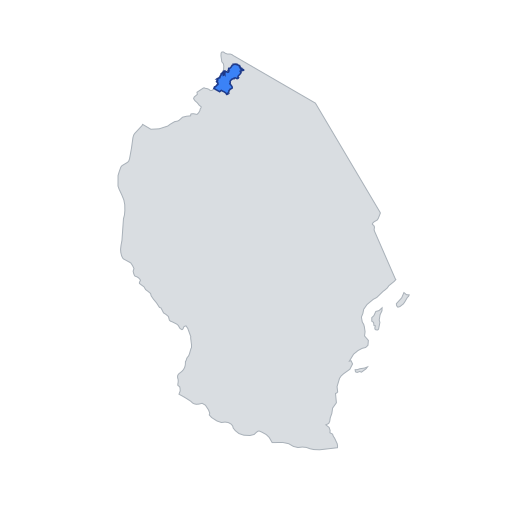 Karagwe, Kagera, United Republic of Tanzania (highlighted), rotated 30°
{"feature_id": "72390352B65686612592635", "entity_name": "Karagwe", "entity_type": "district", "adm_level": 2, "iso_a3": "TZA", "parent_name": "United Republic of Tanzania", "parent_adm1": "Kagera", "projection": "orthographic", "projection_center": [31.075, -1.721], "detail": "fine", "context": "in_parent", "style": "filled", "palette": "blue", "viewbox_px": 512, "rotation_deg": 30, "n_neighbors": 0, "source": "geoboundaries", "source_scale": "gbopen_adm2", "svg_char_len": 8322}
<svg xmlns="http://www.w3.org/2000/svg" viewBox="0 0 512 512"><g transform="rotate(30 256 256)"><path d="M198.1,348.8L193.2,346.3L188.8,344.7L185.1,342.9L183.5,341.2L180.1,340.6L177.2,340.3L174.4,338.7L168.8,338.1L168.2,337.1L168.1,334.8L167.1,334.2L165.1,333.6L162.9,333.6L161.5,333.9L160.7,333.8L158.9,332.4L157.2,330.6L156.6,327.9L154.0,326.1L151.0,324.6L142.8,324.8L141.5,324.4L139.5,323.0L137.2,320.6L135.4,318.0L133.8,314.3L132.1,309.5L122.6,290.0L121.6,286.3L119.7,282.2L116.7,277.2L113.5,273.5L109.1,270.1L104.2,266.7L101.5,264.4L96.3,255.3L95.3,251.0L94.5,246.5L94.8,244.7L98.0,238.9L98.3,237.3L97.9,235.1L96.3,230.6L94.3,225.0L90.2,214.9L89.6,212.3L89.7,210.4L92.1,200.1L92.0,198.7L101.6,198.8L108.5,194.3L114.6,187.6L115.8,184.8L118.3,180.4L120.7,178.3L121.6,176.8L123.0,172.5L126.2,169.5L129.3,167.3L128.6,165.7L129.1,165.1L130.8,164.0L134.1,162.9L134.7,160.7L134.7,158.1L134.2,156.7L134.3,155.0L133.8,154.1L131.6,153.9L128.4,152.6L125.7,152.1L123.9,151.3L123.2,150.8L123.0,149.2L124.4,145.3L123.0,143.7L126.3,137.1L126.9,136.3L128.1,136.2L130.0,135.5L131.8,135.2L133.2,135.5L134.3,135.2L135.2,134.4L136.0,132.2L136.7,128.5L136.3,125.5L135.0,123.2L134.6,119.6L135.2,114.8L134.8,110.9L133.2,107.7L131.7,105.8L129.3,104.9L125.5,100.1L124.3,97.7L124.5,96.3L125.8,95.6L128.2,95.8L130.5,95.3L132.6,94.0L134.6,93.6L135.7,93.8L231.0,93.9L341.9,156.3L342.3,157.0L343.1,162.4L343.0,164.2L341.2,167.3L340.7,168.9L340.7,170.0L341.1,170.5L342.6,170.6L343.8,171.4L344.2,171.9L345.2,174.3L346.4,175.4L388.0,206.1L388.9,206.5L388.3,209.1L385.9,215.3L385.7,217.9L384.7,220.9L383.8,222.9L381.3,231.6L379.2,234.9L376.4,242.5L375.9,248.3L377.3,252.4L377.8,256.2L381.0,260.0L383.5,261.4L385.2,263.1L388.3,267.0L390.0,271.0L395.5,272.9L397.6,277.3L396.7,280.4L394.1,282.9L391.6,286.9L389.6,292.2L389.4,300.4L390.7,299.2L393.6,301.2L393.9,307.2L390.7,314.2L389.7,317.4L389.5,320.2L391.5,328.6L394.7,332.9L394.4,334.2L393.6,335.3L399.0,342.9L398.4,349.4L400.4,354.5L401.2,359.0L402.5,362.3L402.7,364.7L400.9,367.3L405.0,367.9L407.4,370.0L408.4,372.1L411.4,372.0L413.0,373.4L415.2,374.5L420.2,378.0L421.6,379.7L422.4,381.3L408.0,392.0L402.9,394.7L399.2,395.9L395.3,396.6L391.6,398.3L388.1,400.9L383.6,402.2L378.1,402.2L372.4,404.1L363.3,409.5L358.1,406.5L354.1,405.5L349.3,405.6L346.5,405.9L345.4,406.6L344.5,408.5L343.6,411.5L340.5,414.5L335.0,417.3L330.0,418.3L325.4,417.6L322.3,416.4L320.7,414.8L318.4,414.0L315.2,414.1L312.2,415.3L309.3,417.5L304.6,418.4L298.3,418.1L295.0,417.0L294.5,415.2L291.8,413.0L286.8,410.5L283.0,410.5L280.6,412.8L278.4,414.3L276.4,414.9L274.6,415.0L272.1,414.4L265.1,414.1L258.4,414.2L257.8,410.7L256.4,408.6L255.3,407.4L253.0,407.1L252.4,406.1L251.6,404.0L250.5,402.1L249.0,400.6L248.1,399.2L247.9,397.9L248.1,396.5L249.5,393.0L250.0,390.6L249.9,388.1L249.2,385.6L247.6,382.5L247.8,381.7L247.3,379.6L247.2,378.2L247.6,376.4L247.3,374.0L246.0,368.9L246.0,367.7L244.6,365.2L240.2,359.4L240.0,358.6L233.1,352.8L230.3,351.5L229.3,352.6L228.9,353.6L229.2,355.5L229.0,356.4L228.7,356.8L227.1,356.8L226.1,356.6L223.4,355.0L221.4,354.6L216.3,354.9L214.5,355.2L213.1,354.9L210.4,352.2L207.2,351.6L204.4,351.5L199.7,348.5L198.1,348.8ZM396.5,251.6L398.7,258.0L398.4,259.2L396.8,260.0L395.9,260.0L394.9,259.0L394.3,256.8L393.0,257.3L391.0,254.7L388.9,254.6L387.1,251.5L387.9,248.8L387.5,244.1L389.8,241.8L391.1,237.8L392.5,240.5L392.8,244.8L394.7,249.8L396.5,251.6ZM408.1,213.1L408.3,214.7L407.8,216.1L407.8,220.7L407.6,223.7L405.9,227.9L404.4,229.4L403.2,229.0L402.2,228.3L401.4,227.1L403.1,219.4L402.4,213.7L405.6,214.3L408.1,213.1ZM401.9,306.2L400.3,306.6L399.7,306.2L398.7,304.9L400.5,303.9L402.2,301.8L406.1,298.7L408.0,296.3L407.7,298.7L405.4,303.9L403.5,304.2L401.9,306.2Z" fill="#d9dde1" stroke="#a8b0b8" stroke-width="1"/><path d="M149.7,130.7L149.8,130.4L149.8,130.0L149.8,129.8L150.0,129.5L150.4,129.7L150.6,129.9L150.7,129.7L150.4,129.5L150.4,129.2L150.3,128.9L150.5,128.8L150.6,128.5L150.6,128.4L150.4,128.3L150.4,128.2L150.6,128.2L150.3,127.9L150.3,127.7L150.3,127.0L150.2,126.9L150.0,126.6L149.9,126.5L149.9,126.3L150.1,125.5L150.3,124.7L150.2,124.3L150.5,124.1L150.9,123.5L151.0,123.3L151.3,122.8L151.4,122.6L151.4,122.3L151.1,121.9L150.7,121.4L150.2,121.1L148.0,120.1L147.8,120.2L147.5,120.1L147.2,119.9L147.0,119.7L147.2,119.1L147.0,118.7L146.3,117.9L146.3,117.1L146.2,116.8L146.4,116.4L146.5,115.7L146.9,115.0L147.1,114.5L147.0,114.4L147.3,114.2L147.6,113.8L147.8,113.7L148.0,113.5L148.3,113.5L148.3,113.3L148.1,113.0L148.1,112.8L148.4,112.8L148.6,112.7L148.8,112.3L148.9,112.1L149.0,112.1L149.3,112.0L149.9,111.9L150.4,112.0L150.6,112.0L151.2,111.7L151.4,111.5L151.7,111.0L151.7,110.9L151.6,110.5L151.7,110.3L151.1,110.2L150.8,110.2L150.6,108.7L151.1,107.1L151.2,106.9L151.2,106.5L151.3,105.2L151.2,104.9L151.1,104.7L151.3,104.6L151.2,104.4L150.7,104.4L150.3,104.1L150.1,104.1L149.9,104.0L149.9,103.7L150.0,103.7L150.4,103.4L150.7,103.0L150.9,102.9L151.0,102.8L151.6,102.1L151.8,102.0L152.0,101.7L152.4,101.4L152.4,101.1L152.2,101.0L152.0,100.9L151.9,101.1L151.5,101.4L151.4,101.5L151.5,101.7L151.5,101.8L151.4,101.9L151.2,101.4L151.0,101.1L150.9,101.1L150.4,101.1L150.2,101.3L149.7,101.2L149.7,101.3L149.9,101.7L149.9,101.8L149.7,101.8L149.5,101.7L149.3,101.6L149.4,101.3L149.1,101.5L148.9,101.2L148.6,100.8L148.4,101.0L148.3,100.8L148.4,100.7L148.1,100.7L147.9,100.7L147.6,100.4L147.5,100.1L147.4,100.2L147.2,100.3L147.1,100.0L146.9,100.1L146.6,99.8L146.2,99.6L146.2,99.4L145.9,99.5L145.6,99.7L145.4,99.7L145.1,99.6L144.5,99.6L144.4,99.4L143.9,99.4L143.7,99.4L143.3,99.5L143.0,99.8L142.7,99.9L143.0,100.1L142.6,100.2L142.4,100.2L142.0,100.5L141.5,100.7L141.4,100.7L141.3,100.8L141.3,101.0L141.2,101.1L140.9,101.3L140.4,101.3L140.6,101.9L140.5,102.1L140.3,102.5L140.0,102.8L140.0,103.3L140.1,103.6L139.9,104.0L140.0,104.4L140.0,104.7L139.8,105.9L139.7,106.1L139.2,106.7L138.9,106.9L138.7,106.9L138.7,107.1L138.6,107.4L139.0,108.3L139.3,108.2L139.7,108.4L139.5,108.6L139.3,108.8L139.3,109.0L139.1,109.4L139.3,109.5L139.5,109.7L139.9,109.7L140.1,109.9L140.3,110.0L140.1,110.7L140.0,110.8L139.9,110.9L139.5,111.2L139.0,111.2L138.5,111.1L138.3,111.2L137.8,111.3L137.5,111.5L137.1,111.3L136.5,111.4L136.2,111.5L135.9,111.6L135.5,112.3L135.6,112.5L135.7,112.8L135.9,113.0L136.0,113.2L136.3,113.0L136.5,113.0L136.7,112.7L136.5,112.2L136.8,112.2L137.0,112.1L137.0,111.9L137.1,112.0L137.1,111.9L137.2,112.2L137.1,112.6L137.3,112.7L137.4,112.8L137.4,113.0L137.3,113.3L137.2,113.3L137.4,113.6L137.6,113.5L137.6,113.9L137.8,114.0L138.0,114.0L138.2,114.3L138.0,114.2L137.8,114.1L137.5,114.2L137.4,114.1L137.2,114.2L137.2,114.3L137.3,114.6L137.5,114.4L137.7,114.5L137.5,115.0L137.4,115.1L137.4,115.4L137.3,115.5L137.5,115.8L137.4,115.9L137.3,115.6L137.2,115.5L137.3,115.4L137.2,115.4L137.2,115.1L137.0,114.7L136.7,114.5L136.9,114.4L136.9,114.1L136.7,113.6L136.6,113.3L136.5,113.2L136.4,113.2L136.4,113.3L136.3,113.5L136.2,113.5L136.1,113.4L135.9,113.5L135.7,113.4L135.7,113.1L135.6,113.3L135.5,113.5L135.5,113.9L135.4,113.8L135.3,114.0L135.2,114.1L135.2,114.3L135.1,114.8L135.1,115.2L135.0,115.4L135.1,115.5L134.9,115.7L134.7,115.9L135.0,116.2L135.2,116.6L135.3,116.8L135.2,117.1L135.1,117.3L135.1,117.5L135.1,117.9L135.2,118.0L135.3,118.4L135.2,118.6L135.3,118.8L135.2,119.0L135.2,119.3L135.4,119.3L135.4,119.5L135.5,119.7L135.3,119.8L135.2,120.0L134.9,120.2L134.9,120.4L134.8,120.5L134.8,120.8L134.6,120.9L134.7,121.0L134.4,121.4L134.2,121.4L134.1,121.7L133.7,121.9L133.7,122.1L133.6,122.3L133.8,122.2L133.9,122.3L133.9,122.2L134.3,121.9L134.5,122.1L134.7,122.5L134.8,122.6L134.8,122.8L134.9,123.0L135.0,123.1L134.8,123.4L134.5,123.6L134.5,123.9L134.6,124.0L134.6,124.3L134.6,124.5L134.6,124.8L134.8,124.9L135.0,124.6L135.3,124.4L135.6,124.4L135.8,124.7L135.9,124.8L136.0,125.0L136.3,125.2L136.5,125.2L136.6,125.4L136.6,125.6L136.8,125.7L136.8,125.8L137.1,126.2L137.2,126.3L137.3,126.5L137.1,127.0L136.9,127.0L136.9,127.3L136.5,127.8L136.6,128.3L136.4,128.5L136.4,129.0L136.3,129.5L136.1,129.7L135.9,130.0L135.8,130.5L135.7,130.5L135.8,130.7L135.7,130.9L135.6,131.3L135.8,131.7L135.8,132.0L136.5,132.0L136.9,131.9L137.5,131.9L138.0,132.0L139.3,131.9L139.7,132.0L140.7,131.9L142.4,131.9L142.7,131.1L142.7,130.6L142.8,130.4L143.2,130.2L143.2,129.9L143.3,129.9L145.2,129.9L146.3,129.7L146.6,129.8L147.3,129.9L147.8,129.8L148.2,129.9L149.7,130.7Z" fill="#3b82f6" stroke="#1e3a8a" stroke-width="1.5"/></g></svg>